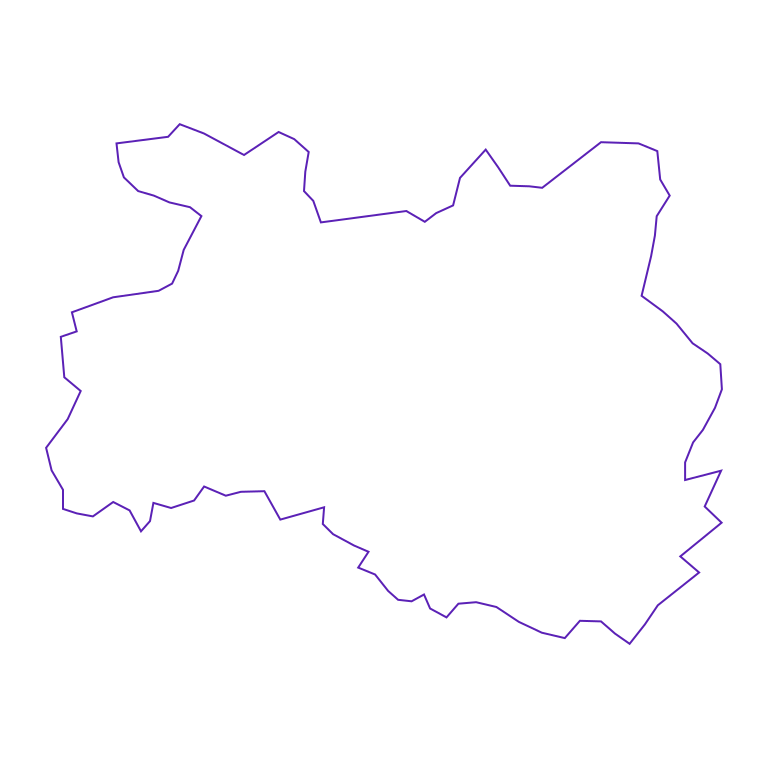 Sede Nova, Rio Grande do Sul, Brazil
{"feature_id": "56859067B54570666253245", "entity_name": "Sede Nova", "entity_type": "district", "adm_level": 2, "iso_a3": "BRA", "parent_name": "Brazil", "parent_adm1": "Rio Grande do Sul", "projection": "albers", "projection_center": [-53.96, -27.642], "detail": "fine", "context": "isolated", "style": "outline", "palette": "violet", "viewbox_px": 768, "rotation_deg": 0, "n_neighbors": 0, "source": "geoboundaries", "source_scale": "gbopen_adm2", "svg_char_len": 1422}
<svg xmlns="http://www.w3.org/2000/svg" viewBox="0 0 768 768"><path d="M92.9,516.4L113.2,502.0L129.6,510.4L141.0,531.3L150.0,521.1L153.4,502.9L171.1,508.0L194.1,500.5L204.1,486.5L225.8,495.7L240.9,491.8L264.4,491.2L280.3,519.6L324.1,507.3L322.8,524.0L333.1,534.2L354.0,545.5L368.5,551.8L358.2,567.6L375.1,574.5L388.1,590.9L398.1,599.8L411.6,601.3L424.0,594.5L430.1,608.5L446.5,617.4L458.4,603.7L476.1,602.2L496.4,607.0L518.9,621.9L541.8,632.7L564.8,638.1L579.9,620.8L601.0,621.4L615.0,633.6L629.6,643.8L644.9,624.4L657.8,605.3L699.1,572.5L680.3,556.4L721.6,522.7L704.7,506.5L721.1,470.7L685.1,480.0L685.1,462.4L693.1,442.4L702.9,429.9L715.0,407.8L721.9,389.3L720.3,364.2L707.7,353.5L692.6,343.3L676.5,323.6L662.8,311.4L641.6,295.8L651.1,256.2L654.9,235.6L656.7,216.2L669.7,195.6L660.2,179.5L657.3,151.1L638.5,143.4L601.0,142.2L542.2,187.8L529.3,186.3L510.2,185.7L498.1,167.2L485.7,149.6L460.0,177.9L453.1,205.4L436.2,213.1L424.8,221.8L406.3,211.0L320.9,222.4L313.3,200.9L304.0,191.1L305.3,171.7L308.7,152.0L294.2,139.1L278.6,132.0L244.0,155.0L204.0,133.5L179.7,124.2L168.1,136.8L116.5,143.4L118.6,162.2L123.9,177.4L138.2,191.1L153.8,195.6L169.4,202.4L190.0,207.2L201.4,216.1L183.7,249.9L178.2,270.8L172.1,283.6L158.6,290.8L113.1,297.3L71.9,312.3L76.7,331.4L60.8,336.8L64.3,377.3L80.7,391.0L67.7,419.1L46.1,447.8L51.6,470.4L63.0,489.8L63.0,508.9L76.8,513.4L92.9,516.4Z" fill="none" stroke="#5b21b6" stroke-width="2"/></svg>